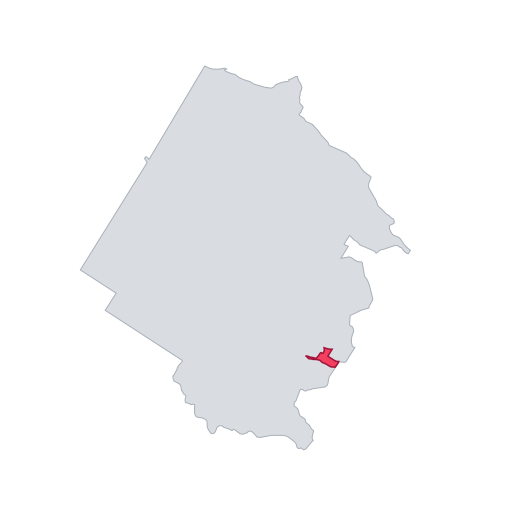 Al Meiram, South Kordufan, Sudan (highlighted), rotated 302°
{"feature_id": "16777658B70397884779871", "entity_name": "Al Meiram", "entity_type": "district", "adm_level": 2, "iso_a3": "SDN", "parent_name": "Sudan", "parent_adm1": "South Kordufan", "projection": "orthographic", "projection_center": [27.504, 10.327], "detail": "fine", "context": "in_parent", "style": "filled", "palette": "rose", "viewbox_px": 512, "rotation_deg": 302, "n_neighbors": 0, "source": "geoboundaries", "source_scale": "gbopen_adm2", "svg_char_len": 4990}
<svg xmlns="http://www.w3.org/2000/svg" viewBox="0 0 512 512"><g transform="rotate(302 256 256)"><path d="M342.7,383.9L338.7,384.0L338.3,383.1L338.3,380.4L338.7,378.4L340.1,375.3L339.7,373.6L339.9,371.1L338.8,368.4L329.1,360.5L327.2,358.3L322.0,356.4L322.9,354.1L320.4,337.7L321.4,335.8L321.7,332.9L321.6,330.4L322.7,326.2L322.8,324.4L312.7,324.4L312.6,326.3L313.1,328.3L313.1,329.1L299.1,329.3L304.8,335.7L305.1,338.5L304.9,342.0L305.0,344.3L305.3,345.8L306.9,348.6L306.8,349.2L306.4,349.9L296.5,358.6L294.9,362.6L293.6,364.7L290.7,368.3L281.7,377.6L280.2,378.2L273.2,378.6L272.5,378.8L271.9,379.3L271.6,379.2L265.6,373.8L255.4,367.4L248.8,370.9L247.0,372.1L247.0,375.2L246.0,376.8L244.2,378.6L239.3,379.7L236.7,380.7L233.6,382.4L230.6,385.4L230.4,386.9L230.8,388.3L213.7,388.3L212.6,387.2L210.1,382.3L208.3,382.6L192.8,382.1L190.6,382.6L186.1,384.5L183.9,384.9L181.6,384.0L173.4,374.4L171.7,373.2L169.8,370.9L168.1,369.9L167.5,369.2L167.3,368.2L167.4,366.1L166.8,364.7L165.5,364.4L154.5,366.6L153.0,366.3L150.7,366.7L149.9,367.1L148.9,368.3L148.8,371.0L148.5,372.3L147.6,373.7L144.5,376.9L143.8,378.3L143.9,381.9L143.7,383.7L143.2,384.5L141.8,385.9L141.3,386.7L140.7,391.2L139.0,394.0L138.6,395.0L138.5,397.0L138.2,397.6L133.2,399.1L131.3,400.1L130.2,401.6L129.9,402.3L127.8,401.7L125.1,401.3L119.9,400.7L117.8,400.0L116.8,398.9L117.2,396.1L116.7,395.5L115.8,395.0L115.3,393.8L115.4,392.4L118.2,389.2L118.8,387.5L119.6,379.5L119.4,377.0L117.3,372.5L112.4,364.6L111.2,363.1L105.1,356.6L104.4,355.7L103.0,353.0L104.7,347.1L104.8,345.4L104.4,343.7L102.9,342.4L101.5,342.3L99.7,340.7L98.5,339.9L97.5,338.5L96.8,336.6L97.4,329.6L97.1,328.7L95.5,328.4L95.1,327.9L95.2,326.5L94.5,322.6L93.6,319.3L94.1,317.5L92.8,315.0L90.4,313.8L85.4,314.6L83.9,314.4L82.8,313.9L82.1,313.0L81.8,311.9L82.2,310.3L83.6,307.4L85.4,305.0L89.0,302.8L90.0,301.7L90.5,300.4L90.6,298.9L90.4,297.3L90.1,295.8L89.1,293.9L88.2,291.6L88.2,290.1L88.7,289.0L89.6,287.7L93.2,285.2L96.8,283.2L97.4,282.4L97.2,281.5L95.6,279.7L95.2,276.3L94.3,273.9L96.2,272.2L97.5,271.6L99.6,271.0L100.5,270.3L100.7,268.9L100.7,267.5L101.5,266.5L102.5,264.3L103.4,263.4L106.1,260.9L106.8,259.2L107.0,257.6L106.4,252.8L108.0,250.8L110.0,249.2L112.9,249.4L117.4,249.1L120.4,248.4L122.6,248.5L127.6,249.4L128.1,249.0L128.4,247.8L130.0,156.9L150.2,157.1L150.4,157.0L151.1,114.4L276.7,114.2L277.7,114.0L279.5,110.0L280.4,109.7L281.7,109.9L282.1,110.8L281.2,114.1L390.0,111.8L390.5,116.6L391.7,120.5L395.1,126.0L397.9,128.9L398.9,130.5L399.1,131.2L399.0,132.0L398.1,131.2L396.8,130.7L396.7,133.3L397.7,138.6L399.0,142.3L398.4,145.8L398.9,151.6L400.7,158.6L400.7,163.2L403.6,173.6L406.1,179.4L407.4,180.8L408.8,181.5L411.5,181.9L415.6,184.7L418.8,187.8L420.0,189.4L421.6,191.2L422.6,190.8L423.2,190.3L424.3,191.7L429.4,194.7L430.2,196.1L428.6,197.6L426.7,200.2L425.8,202.5L425.3,203.2L423.8,204.7L423.5,205.4L422.8,205.9L422.1,205.9L420.4,206.8L418.9,206.6L417.4,207.1L416.9,207.6L415.7,208.2L414.1,208.5L411.6,210.5L409.4,211.5L408.7,212.3L407.7,216.2L406.9,217.3L403.6,217.5L402.0,217.9L399.8,217.5L398.7,217.6L398.4,218.4L398.2,221.8L398.3,223.2L396.6,227.0L397.5,234.1L395.9,239.5L395.7,240.7L394.1,245.0L393.2,246.6L391.2,254.5L390.4,257.0L388.5,259.6L391.3,278.5L389.9,284.4L390.1,287.5L389.0,292.3L388.2,294.4L386.8,297.1L385.6,300.1L384.6,304.0L384.1,311.3L383.8,311.9L377.8,313.0L375.9,313.6L374.7,314.4L373.2,316.3L370.3,321.6L368.7,324.7L366.3,329.1L363.5,332.2L362.9,333.7L362.5,336.5L361.5,340.9L360.6,344.1L360.8,346.6L360.0,350.9L360.2,353.0L359.2,354.2L357.8,355.4L356.8,355.7L352.5,352.9L349.6,354.9L347.8,357.8L346.4,360.7L347.4,366.7L347.3,368.0L347.0,369.4L344.3,375.4L343.5,378.1L342.7,382.8L342.7,383.9Z" fill="#d9dde1" stroke="#a8b0b8" stroke-width="1"/><path d="M196.8,355.0L197.4,356.2L197.6,356.7L197.7,356.8L198.5,359.1L200.2,362.0L200.7,363.5L201.4,365.2L201.1,367.2L200.9,368.0L200.8,368.5L201.4,371.8L201.5,373.9L201.5,374.6L201.5,374.8L201.5,375.2L201.6,378.2L201.7,378.4L201.8,378.5L203.1,381.0L203.3,381.4L203.5,381.7L203.7,382.1L204.0,382.1L205.4,382.2L206.6,382.2L207.5,382.3L207.8,382.3L208.0,382.3L208.3,382.3L208.5,382.3L208.8,382.3L209.0,382.2L209.3,382.2L209.9,382.2L210.2,382.2L210.3,382.2L210.5,382.1L210.1,381.5L209.8,381.0L209.1,379.5L209.0,379.4L209.1,378.3L209.0,378.0L209.1,370.1L212.6,370.0L217.3,370.0L216.2,368.1L215.3,366.1L215.0,365.0L214.6,363.6L214.3,362.3L212.7,363.7L210.2,364.4L208.9,364.3L208.7,363.6L208.5,362.3L207.5,361.9L205.0,361.9L201.8,361.4L201.0,361.1L201.0,360.9L200.9,360.9L200.9,360.7L200.7,360.5L200.7,360.4L200.6,360.2L200.5,359.9L200.4,359.5L200.4,359.4L200.4,359.1L200.3,358.9L200.3,358.7L200.2,358.5L199.6,357.1L199.5,356.7L199.4,356.6L199.0,355.7L198.8,355.2L198.8,354.8L198.7,354.7L198.7,354.3L198.7,354.2L198.7,353.9L198.7,353.7L198.5,353.4L198.4,353.2L198.3,352.9L198.3,352.7L198.2,352.7L198.1,352.4L198.1,352.2L198.0,351.9L197.9,351.8L197.9,351.7L197.8,351.4L197.7,351.2L197.6,350.9L197.4,353.1L196.8,355.0Z" fill="#f43f5e" stroke="#9f1239" stroke-width="1.5"/></g></svg>